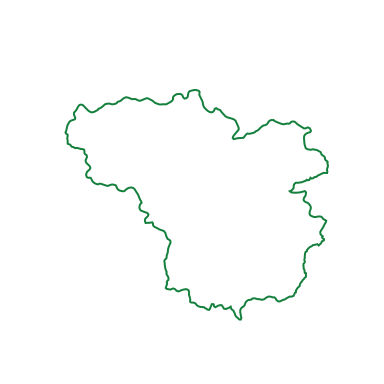 the district of Brasilândia de Minas, Minas Gerais, Brazil, rotated 202°
{"feature_id": "56859067B94455820983640", "entity_name": "Brasilândia de Minas", "entity_type": "district", "adm_level": 2, "iso_a3": "BRA", "parent_name": "Brazil", "parent_adm1": "Minas Gerais", "projection": "albers", "projection_center": [-45.906, -16.944], "detail": "fine", "context": "isolated", "style": "outline", "palette": "green", "viewbox_px": 384, "rotation_deg": 202, "n_neighbors": 0, "source": "geoboundaries", "source_scale": "gbopen_adm2", "svg_char_len": 5956}
<svg xmlns="http://www.w3.org/2000/svg" viewBox="0 0 384 384"><g transform="rotate(202 192 192)"><path d="M70.4,123.0L69.3,123.7L67.4,125.9L65.7,127.1L64.6,128.8L62.3,131.6L60.7,132.2L59.0,133.6L58.8,135.6L58.9,137.0L58.1,137.9L58.7,139.6L58.4,141.6L58.0,143.2L57.0,144.9L57.3,146.9L57.2,148.6L56.6,150.1L56.4,151.7L55.8,152.9L55.3,154.7L54.6,156.0L55.9,159.4L57.1,159.2L58.7,162.0L59.8,162.8L60.4,164.3L61.3,165.8L61.7,167.2L61.2,168.5L61.3,169.9L62.4,171.0L62.7,172.9L63.4,174.7L64.2,177.6L64.2,179.2L63.3,180.0L63.6,181.5L62.5,184.4L61.6,185.7L60.7,186.5L60.1,187.9L56.1,190.6L54.5,189.9L53.1,193.0L53.1,194.9L51.6,196.4L51.9,197.8L53.1,197.9L54.3,198.5L54.2,199.9L55.7,200.3L57.2,201.2L58.1,203.0L57.9,204.9L57.2,208.4L57.0,212.0L56.6,213.7L56.8,215.7L60.4,216.2L61.6,217.0L62.8,217.5L64.4,217.2L66.6,216.1L68.0,215.1L69.6,214.5L72.6,214.5L73.8,214.8L74.7,215.7L75.4,217.2L75.7,221.2L76.1,222.3L77.0,223.4L79.5,225.0L81.1,225.3L82.8,225.2L84.2,225.5L85.6,226.4L86.0,228.6L85.5,230.1L85.5,232.2L86.2,234.4L87.6,235.1L89.2,234.0L90.7,232.8L92.5,231.7L95.4,230.2L99.8,228.8L101.6,229.4L100.5,230.4L99.3,233.2L99.5,234.4L100.0,235.9L100.2,237.2L99.8,238.4L99.2,239.5L96.6,240.5L95.1,241.6L93.9,242.1L92.7,243.4L90.7,245.0L90.3,246.3L88.9,246.3L87.7,247.2L87.5,249.6L86.1,249.3L84.8,250.2L84.0,251.7L82.2,252.8L81.7,254.1L77.3,259.0L73.9,260.2L74.2,261.8L75.2,263.1L75.5,264.7L75.5,266.4L76.2,268.1L77.2,269.2L77.5,270.7L78.6,271.3L79.8,271.4L81.0,272.3L81.6,273.6L82.8,274.5L85.8,275.2L86.8,276.3L87.8,277.2L92.3,277.7L94.0,277.2L95.7,277.0L97.0,276.1L98.3,275.4L101.3,274.9L103.0,275.3L105.6,278.5L108.4,284.0L108.9,285.8L108.8,287.2L108.0,288.9L106.6,290.4L105.6,291.1L104.8,291.9L104.6,293.2L105.4,294.1L106.8,295.2L108.8,295.3L110.4,293.7L111.9,292.9L116.4,293.7L119.9,294.4L122.3,295.4L123.4,295.6L124.5,295.3L125.9,294.6L126.6,293.5L126.9,292.4L127.9,291.5L129.5,291.1L132.4,289.1L134.3,288.7L135.5,288.7L136.9,288.6L142.1,288.7L143.3,289.3L145.7,288.3L146.9,286.9L147.5,285.2L147.6,283.8L148.1,282.6L149.1,281.4L150.5,280.6L151.3,279.7L152.8,276.8L153.4,275.1L154.2,273.6L155.5,272.4L156.2,270.9L157.5,269.6L158.9,268.7L160.0,267.8L161.3,267.2L162.5,267.0L163.3,265.8L164.6,261.5L169.8,259.0L173.0,256.7L174.5,257.3L174.6,259.1L174.4,260.2L172.1,267.2L172.6,268.7L173.7,270.0L178.3,274.4L180.2,275.0L182.1,275.0L187.0,274.5L188.1,274.5L189.8,274.9L192.9,276.4L194.4,277.1L196.5,278.5L199.6,278.4L201.0,278.8L202.1,277.6L202.0,276.1L202.3,274.5L203.8,273.1L205.6,272.8L207.7,273.1L209.8,273.8L212.4,275.0L213.8,276.3L214.9,277.8L215.5,279.0L216.5,280.1L221.6,284.8L222.5,287.7L223.8,288.4L226.8,288.0L228.3,287.3L231.5,285.0L232.3,284.0L232.4,282.3L232.2,280.8L231.7,279.4L231.8,277.8L232.5,276.7L234.0,275.8L235.5,276.4L237.5,278.3L238.7,278.5L240.1,278.4L242.9,276.9L243.8,275.8L244.8,274.1L245.1,272.6L244.3,270.9L244.6,269.1L245.5,267.6L248.8,263.6L251.3,262.7L254.3,261.2L255.8,260.9L259.7,260.8L262.6,261.8L267.3,262.3L268.9,262.1L269.9,261.4L273.2,258.1L274.4,257.1L276.2,256.7L278.2,257.0L279.7,256.9L282.3,255.6L286.2,255.6L288.5,255.2L289.9,254.0L290.9,252.6L292.4,249.7L293.5,248.7L294.6,247.8L295.0,246.6L295.8,245.3L298.1,243.7L299.8,243.2L301.9,243.0L303.8,242.0L305.3,241.0L307.6,236.6L308.5,235.4L309.9,234.1L310.1,232.8L312.6,229.8L313.8,228.8L315.4,228.1L318.2,228.4L323.1,230.5L324.5,231.2L326.0,231.7L327.3,231.6L328.4,231.0L329.2,230.0L329.6,228.3L330.0,224.5L331.1,221.4L330.5,219.6L328.0,217.0L327.8,215.7L328.7,214.7L330.0,213.7L331.3,212.4L332.0,210.8L332.2,209.1L332.4,207.7L332.3,206.0L331.5,201.5L331.6,199.8L330.4,198.9L328.9,198.6L328.2,197.4L328.0,195.7L327.4,194.3L326.5,193.1L325.4,190.2L322.7,190.2L320.3,188.9L318.8,189.2L316.8,188.9L315.3,189.8L311.0,190.3L309.4,190.8L307.8,190.8L306.9,189.3L306.5,188.1L305.4,187.1L303.6,186.7L302.8,185.8L302.4,184.6L302.6,181.6L301.7,180.1L300.5,179.2L297.0,177.9L295.8,177.0L295.2,176.0L295.4,174.5L296.8,171.5L296.9,169.6L296.4,167.8L295.0,166.4L293.3,166.3L292.2,167.0L291.1,167.1L288.8,165.1L287.4,164.2L285.6,163.7L284.1,163.6L282.1,163.8L281.1,164.9L279.7,165.5L274.9,165.7L272.5,166.0L269.2,168.9L268.2,169.3L265.4,169.7L264.1,168.8L263.4,167.8L262.1,166.9L260.6,166.3L258.9,166.3L255.9,166.9L254.9,167.8L254.1,169.6L252.7,171.6L251.5,172.6L249.9,173.5L247.9,173.7L246.2,173.1L243.0,170.7L241.2,169.5L237.4,165.6L235.9,164.5L234.7,163.1L235.3,161.7L235.5,160.4L235.2,158.6L234.7,157.4L233.5,156.2L232.1,155.6L225.5,155.8L224.1,155.1L223.8,153.7L224.2,152.2L225.1,150.4L225.3,149.0L224.8,147.5L223.4,145.9L221.4,146.9L220.0,147.5L217.4,149.0L216.3,148.0L215.8,146.9L215.0,146.1L213.7,145.6L211.1,145.5L208.1,145.1L206.6,145.1L205.3,145.3L203.3,145.2L201.4,144.1L199.0,141.1L197.1,139.4L195.4,139.2L193.9,138.7L193.0,137.3L193.0,131.5L192.7,129.8L191.8,126.7L191.7,123.6L191.2,122.4L190.9,120.8L191.8,119.2L191.8,117.5L191.0,116.4L190.2,114.7L187.9,110.8L185.5,108.3L185.2,106.8L184.2,105.7L182.7,104.7L181.4,103.2L181.0,101.5L181.6,100.2L181.6,98.9L180.7,97.6L180.4,93.2L179.3,92.7L175.7,93.3L173.4,95.5L171.9,95.6L170.6,95.3L169.4,94.6L167.6,94.7L166.4,95.5L164.7,97.3L163.4,98.3L161.3,99.6L159.8,99.9L158.2,99.4L157.2,98.0L156.6,96.3L155.9,95.0L154.6,93.6L153.4,91.8L152.7,89.6L151.5,89.2L149.5,89.9L147.6,90.1L146.4,89.6L145.2,88.9L143.4,88.4L141.3,88.6L137.5,89.7L136.3,89.2L135.0,89.2L133.7,88.8L132.1,89.0L131.6,90.5L131.7,93.8L131.5,95.6L129.9,96.0L128.6,94.2L127.1,94.0L126.3,94.9L125.3,96.3L123.3,97.8L121.8,98.1L118.7,95.8L116.8,96.2L114.2,98.6L113.2,100.2L111.6,98.2L109.2,97.5L106.7,95.3L105.7,93.9L104.1,92.9L101.4,92.0L100.4,91.5L99.0,92.0L99.1,93.9L100.1,95.1L101.6,97.7L102.3,98.6L103.1,101.1L102.8,102.8L102.3,104.0L101.3,105.1L100.8,107.1L101.0,108.7L100.7,110.7L99.8,112.3L99.0,113.1L96.7,114.4L96.1,115.9L94.8,116.6L93.6,117.0L92.0,117.1L90.2,117.5L88.9,118.0L87.4,118.0L85.3,119.2L84.3,120.5L83.8,121.7L81.6,123.9L79.7,124.4L77.4,124.6L76.3,125.2L74.8,124.8L73.3,123.5L71.6,123.0L70.4,123.0Z" fill="none" stroke="#15803d" stroke-width="2"/></g></svg>